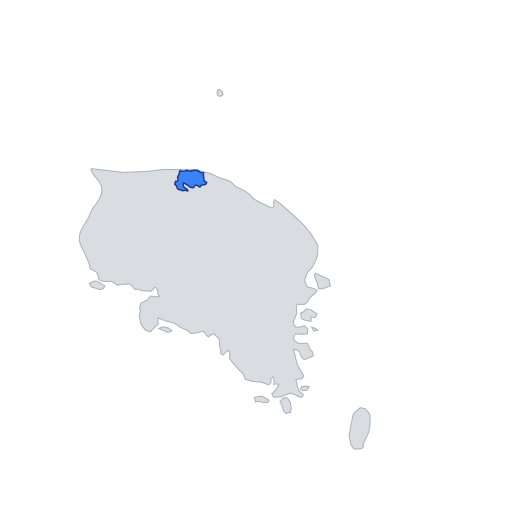 location of Samcheok-si, Gangwon, South Korea, rotated 299°
{"feature_id": "91817680B11339106619066", "entity_name": "Samcheok-si", "entity_type": "district", "adm_level": 2, "iso_a3": "KOR", "parent_name": "South Korea", "parent_adm1": "Gangwon", "projection": "equal_earth", "projection_center": [129.14, 37.249], "detail": "fine", "context": "in_parent", "style": "filled", "palette": "blue", "viewbox_px": 512, "rotation_deg": 299, "n_neighbors": 0, "source": "geoboundaries", "source_scale": "gbopen_adm2", "svg_char_len": 4929}
<svg xmlns="http://www.w3.org/2000/svg" viewBox="0 0 512 512"><g transform="rotate(299 256 256)"><path d="M162.7,126.4L164.3,125.1L164.5,123.3L164.5,117.2L169.1,113.0L175.6,104.4L178.8,99.7L182.4,95.3L186.5,92.4L190.6,91.0L197.0,90.4L209.2,91.0L211.6,90.4L220.2,90.0L222.2,90.8L228.4,91.3L235.2,90.7L238.7,89.4L241.9,87.3L244.7,83.4L247.6,76.2L250.7,70.5L252.5,69.5L264.9,99.7L276.9,119.3L287.1,133.5L301.8,160.9L306.1,175.6L306.5,184.7L308.9,197.3L306.9,204.5L307.5,215.9L306.6,221.7L304.8,226.0L304.7,234.3L305.3,238.7L305.4,244.6L306.5,246.9L308.2,247.7L310.9,245.6L314.2,244.7L313.6,251.8L309.7,269.7L306.2,282.8L301.5,294.2L295.6,304.6L288.4,308.7L283.3,310.2L273.7,310.7L265.7,308.9L258.8,310.2L256.1,312.4L254.0,316.1L255.5,321.9L255.3,326.2L252.3,325.9L246.5,323.4L240.0,323.0L237.0,321.8L234.0,315.7L230.9,315.9L225.5,319.5L217.2,320.4L214.3,322.3L213.2,324.9L214.4,328.1L218.5,332.3L217.1,336.6L212.8,338.7L209.3,333.4L207.1,328.3L204.7,328.0L200.9,329.5L200.1,335.0L201.8,338.8L204.7,343.2L200.6,348.3L199.5,351.9L196.5,354.5L188.7,348.7L189.8,344.6L193.3,340.7L193.7,336.6L192.6,334.2L181.2,344.5L174.1,356.2L170.4,355.3L168.9,352.3L166.7,351.1L159.1,358.6L157.6,364.6L154.9,364.8L153.7,362.3L153.6,356.9L152.4,352.3L144.6,345.7L141.1,339.9L143.1,336.6L149.6,338.4L154.8,338.2L153.8,335.4L152.1,334.1L155.6,332.6L158.5,329.4L156.1,328.5L152.5,330.4L149.4,329.5L148.3,321.9L144.7,314.1L142.9,306.5L146.6,302.2L148.5,295.5L152.0,285.7L153.7,282.5L158.4,280.3L160.1,277.7L157.5,276.4L153.5,275.3L153.6,272.5L156.4,271.0L159.5,267.9L165.6,264.1L167.5,257.0L165.8,255.2L162.1,253.5L163.0,249.9L164.5,247.2L164.0,245.6L159.6,241.0L156.7,236.8L157.6,232.0L157.0,224.7L157.5,218.7L157.3,215.4L155.3,208.0L154.4,200.6L151.5,201.7L149.2,203.5L141.1,200.9L138.5,200.7L137.5,195.2L140.5,188.5L147.5,182.5L151.5,181.8L154.6,179.1L159.3,178.3L164.9,182.3L169.9,183.2L172.6,190.2L174.4,191.6L174.7,189.1L178.9,186.0L179.8,183.8L179.0,182.5L174.3,181.3L170.2,172.6L169.6,168.8L168.1,166.4L170.5,159.5L165.7,151.6L163.3,149.2L163.8,142.1L161.3,137.6L159.9,135.1L159.1,130.8L159.8,128.9L162.0,128.2L162.7,126.4ZM143.3,441.0L140.9,442.5L138.7,441.6L138.1,440.9L135.5,436.9L134.9,434.8L136.7,430.9L144.0,424.4L163.0,418.2L166.3,417.9L173.8,420.6L175.3,425.6L173.9,429.9L172.2,432.8L163.5,437.6L156.8,440.0L143.3,441.0ZM270.8,331.2L265.9,335.5L259.2,329.7L257.7,326.5L262.7,321.9L267.0,316.6L269.8,316.3L270.8,331.2ZM235.5,330.7L234.9,337.5L231.2,337.8L229.0,333.4L226.6,335.6L225.4,335.6L223.6,330.2L223.3,325.9L227.7,322.7L230.3,324.6L234.1,325.6L235.5,330.7ZM139.3,360.9L135.9,362.0L134.1,359.6L132.8,358.9L133.5,355.8L139.1,349.6L140.2,347.5L145.2,348.8L147.1,352.0L144.7,357.0L139.3,360.9ZM156.9,129.5L156.5,138.4L153.7,138.1L151.8,137.1L151.0,135.4L149.1,127.1L151.3,123.6L155.5,126.4L156.9,129.5ZM136.4,335.9L135.6,337.5L133.4,337.0L131.1,332.3L130.2,328.5L127.9,326.4L131.6,323.1L136.3,329.0L136.4,335.9ZM150.6,214.4L149.8,218.8L146.4,215.9L145.5,206.1L149.0,209.0L150.6,214.4ZM383.2,147.0L380.9,149.0L378.1,147.0L377.8,144.9L379.2,143.0L382.5,141.9L384.1,143.5L383.2,147.0ZM166.5,362.8L167.4,366.1L163.1,365.4L160.9,362.3L161.2,359.5L163.8,359.1L166.5,362.8ZM221.5,343.9L220.9,346.1L218.2,342.8L220.9,339.3L221.5,343.9Z" fill="#d9dde1" stroke="#a8b0b8" stroke-width="1"/><path d="M282.4,149.5L279.5,150.1L279.1,150.5L278.9,152.4L278.5,152.9L278.0,153.3L277.3,154.1L276.8,154.8L276.7,155.7L276.8,156.5L276.9,157.3L277.6,158.1L277.3,159.0L277.5,160.3L278.5,161.3L279.2,162.3L279.4,163.6L279.8,164.7L280.3,164.6L280.6,163.8L281.1,162.6L281.1,162.0L281.1,160.4L281.7,158.9L283.0,157.7L283.7,157.4L285.0,157.4L284.9,159.2L284.9,160.2L284.8,160.7L284.8,162.7L284.5,163.4L284.3,164.3L284.5,165.3L284.6,166.2L284.6,166.8L285.0,167.5L285.6,168.2L287.0,168.4L288.0,168.5L288.4,168.6L289.0,169.5L289.3,171.2L289.1,172.1L288.9,172.8L289.2,173.6L289.8,173.5L291.0,173.8L291.9,174.5L293.5,176.2L294.1,177.2L295.1,177.2L295.9,177.3L296.5,177.1L296.5,176.4L296.5,175.8L296.5,174.9L296.7,174.4L297.2,173.7L298.1,172.9L299.0,172.5L299.5,172.1L300.4,171.3L301.2,170.9L301.9,170.5L302.6,170.3L303.2,169.9L303.2,169.5L303.1,169.2L302.9,168.9L302.5,167.9L302.3,167.2L302.2,166.8L302.2,166.4L302.4,165.4L302.5,165.1L302.4,164.9L302.3,164.5L302.2,164.2L302.4,164.0L302.7,163.7L302.6,163.1L302.4,162.8L302.1,162.4L301.7,162.2L301.6,161.8L301.5,161.3L301.5,160.8L301.3,160.4L301.0,160.2L300.5,159.9L300.1,159.7L299.9,159.0L299.7,158.6L299.4,158.4L298.8,158.3L298.6,158.1L298.4,157.6L298.2,156.6L298.1,156.0L297.9,155.5L297.8,155.2L297.4,154.5L297.3,153.7L297.0,153.5L296.6,153.2L296.3,152.9L295.8,152.6L295.3,152.2L294.9,151.6L294.6,151.1L294.4,150.5L294.3,150.0L294.2,149.6L294.2,149.1L294.1,148.7L293.1,148.0L292.6,148.2L291.4,148.7L290.9,149.1L289.8,149.1L289.0,149.1L288.0,149.1L287.1,149.1L286.4,149.6L285.4,150.5L284.3,151.1L283.6,151.0L283.0,150.7L282.5,150.3L282.4,149.8L282.4,149.5Z" fill="#3b82f6" stroke="#1e3a8a" stroke-width="1.5"/></g></svg>